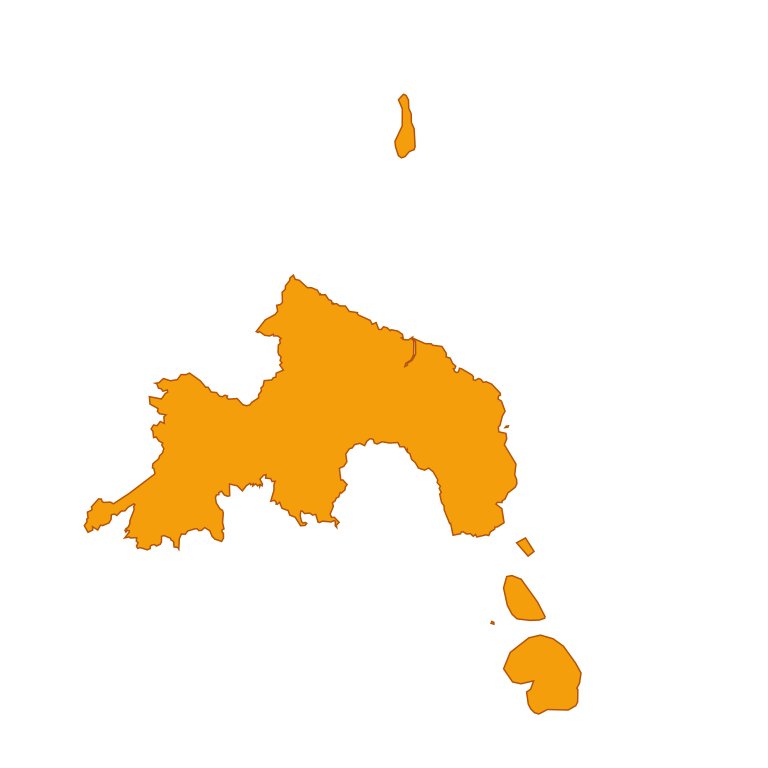 Nadroga-Navosa, Western, Fiji (Robinson projection), rotated 193°
{"feature_id": "14151628B53702400461405", "entity_name": "Nadroga-Navosa", "entity_type": "district", "adm_level": 2, "iso_a3": "FJI", "parent_name": "Fiji", "parent_adm1": "Western", "projection": "robinson", "projection_center": [177.707, -18.082], "detail": "fine", "context": "isolated", "style": "filled", "palette": "amber", "viewbox_px": 768, "rotation_deg": 193, "n_neighbors": 0, "source": "geoboundaries", "source_scale": "gbopen_adm2", "svg_char_len": 6175}
<svg xmlns="http://www.w3.org/2000/svg" viewBox="0 0 768 768"><g transform="rotate(193 384 384)"><path d="M282.7,252.2L275.7,255.3L275.5,257.0L273.8,257.9L269.8,256.4L266.1,257.6L262.7,255.7L261.1,258.0L259.1,255.8L250.6,260.0L247.8,259.9L247.2,263.7L243.5,267.5L243.8,269.5L241.2,270.3L235.8,275.9L241.1,289.0L247.9,292.2L246.9,294.2L242.4,295.0L242.4,297.0L240.2,299.1L238.8,305.7L233.0,312.8L232.1,316.7L233.4,321.0L236.2,324.9L237.4,335.7L253.1,351.9L252.1,358.2L254.1,363.3L261.4,363.2L262.9,367.8L261.7,369.8L261.5,379.2L259.9,384.7L265.7,393.7L269.5,395.1L269.6,398.2L268.0,399.4L268.9,401.4L279.1,408.1L285.0,409.2L287.6,407.9L290.6,410.3L293.2,410.6L295.9,408.0L297.9,408.2L298.6,411.2L300.3,412.6L311.7,416.2L314.0,416.3L314.1,412.8L315.8,411.4L318.1,412.3L319.8,414.5L318.5,414.9L318.1,417.5L321.9,419.6L325.3,424.1L329.6,424.4L330.1,427.8L336.0,433.6L345.5,432.7L346.9,433.8L352.9,432.6L365.9,435.1L362.8,432.3L359.9,420.2L361.9,413.5L366.2,409.1L365.3,407.7L367.6,405.7L367.4,409.1L363.0,413.5L361.7,419.2L364.7,432.7L367.0,434.2L366.8,435.9L370.2,432.4L375.3,431.7L377.4,432.8L375.7,433.3L377.2,436.5L382.6,438.7L389.2,438.5L389.9,437.3L393.7,439.5L397.4,439.6L398.9,436.5L401.4,436.0L405.5,442.1L408.9,439.5L411.7,442.9L424.0,445.3L426.0,446.5L425.9,447.6L434.2,446.9L439.2,451.3L444.7,450.1L448.1,451.6L451.6,450.6L451.7,452.1L451.7,450.6L451.1,449.9L452.8,450.7L453.9,453.4L457.0,453.8L461.2,457.9L465.1,456.7L466.1,457.5L466.5,456.5L470.0,460.4L476.3,461.5L480.3,460.6L489.9,466.0L494.1,466.0L496.8,469.7L499.5,466.1L499.2,463.7L502.1,457.4L501.5,454.0L503.9,450.5L501.3,440.7L502.9,438.1L506.3,436.5L504.0,430.9L505.7,427.3L514.1,419.8L520.3,406.3L518.0,405.9L517.2,407.1L511.1,404.6L506.2,405.1L503.0,407.6L502.4,406.0L498.4,406.9L494.4,405.2L495.7,403.7L494.2,400.4L495.7,398.3L494.4,391.1L493.0,388.7L490.4,387.4L490.5,383.4L488.2,381.8L489.9,379.2L485.2,374.9L491.5,370.3L490.9,366.4L493.3,365.2L494.3,362.7L501.5,360.3L501.3,355.0L503.0,352.5L501.9,349.4L503.8,345.4L503.1,342.3L508.8,336.3L509.9,333.6L513.0,331.9L517.0,332.1L523.8,336.8L532.2,334.2L534.0,335.3L533.8,337.1L536.4,337.3L538.8,335.2L541.7,335.2L545.3,338.0L550.6,337.3L554.7,341.3L557.0,340.7L563.7,345.8L576.0,350.9L578.9,348.6L583.9,347.5L586.4,341.7L592.9,339.1L600.2,339.7L603.6,334.6L606.9,333.3L605.4,333.1L602.8,329.2L599.9,329.2L597.8,327.2L593.9,329.4L592.9,327.5L595.1,325.3L597.5,319.3L609.8,318.9L607.5,311.8L598.6,309.2L598.6,306.3L596.0,304.5L589.5,304.9L591.1,302.4L589.2,296.2L593.6,297.2L595.7,292.4L599.3,292.2L600.8,287.8L598.5,285.9L596.5,279.9L594.0,281.1L590.4,277.8L586.3,276.7L586.8,274.5L584.0,271.6L584.3,266.9L586.5,263.5L586.7,260.5L591.2,254.3L590.8,250.2L589.3,249.9L586.9,245.0L607.6,220.1L620.7,206.4L623.9,207.4L630.3,205.6L632.1,206.0L633.5,208.3L636.2,207.9L641.5,198.4L640.2,196.3L640.8,195.1L644.2,192.4L642.2,186.8L643.2,185.6L642.4,182.9L644.2,178.6L639.0,172.9L634.9,176.3L635.9,179.4L630.1,177.3L628.5,182.6L626.2,182.8L620.7,186.8L619.5,190.6L620.2,195.2L617.4,196.7L614.7,195.8L611.5,201.0L607.8,202.2L605.7,206.3L600.7,211.0L599.6,210.5L600.3,208.2L599.2,205.3L600.9,193.7L600.2,190.7L601.3,186.5L602.9,185.1L601.9,184.1L603.5,183.2L602.2,181.6L601.2,183.4L599.1,183.8L599.0,182.2L602.0,175.7L598.0,177.6L596.7,176.9L590.3,178.6L590.1,175.3L588.0,174.0L588.7,170.2L587.0,168.4L584.9,169.7L577.3,169.2L574.8,171.0L575.2,173.5L573.9,175.0L571.3,175.9L569.4,174.9L566.0,177.5L565.3,179.9L566.5,185.6L564.2,186.8L557.4,185.7L556.4,184.1L553.6,183.2L551.9,178.0L548.2,178.4L546.8,176.9L548.6,187.0L547.7,192.2L543.9,192.9L542.2,196.6L535.8,200.3L533.5,200.9L531.5,199.5L528.9,200.3L526.4,203.8L520.7,201.8L517.1,196.8L513.9,194.8L506.8,194.1L505.7,197.8L506.9,202.4L508.6,203.5L508.9,205.6L507.3,206.8L510.2,212.9L511.5,221.9L512.9,224.5L515.8,225.5L520.7,230.4L522.7,235.5L522.3,238.2L520.0,239.1L520.5,241.1L518.3,243.0L514.5,239.9L511.1,239.4L509.2,240.4L512.1,251.8L504.1,251.8L497.9,248.0L495.2,254.0L492.2,257.1L491.2,255.8L489.0,257.4L488.9,255.2L486.6,257.9L484.2,256.3L482.8,257.8L482.0,256.1L481.8,258.0L479.8,257.4L479.9,259.1L483.5,263.4L480.8,267.9L478.5,269.2L478.2,265.6L473.0,266.3L471.1,263.7L468.2,264.8L468.6,261.3L467.3,255.6L468.0,244.3L464.6,246.0L462.2,244.4L462.2,242.7L461.0,242.7L459.1,245.2L455.4,239.9L448.9,239.1L446.4,235.1L440.6,234.2L433.3,227.1L429.0,228.5L427.9,230.8L429.5,231.4L431.6,230.3L433.5,231.5L436.0,236.7L436.5,241.4L435.4,241.9L432.3,239.9L427.2,241.5L424.1,240.2L421.2,241.6L417.3,234.7L415.6,234.5L413.2,236.5L404.4,237.7L401.9,239.7L400.6,239.3L399.6,234.9L397.9,233.7L398.7,235.6L396.6,239.1L402.4,242.9L405.1,242.3L407.2,245.2L405.8,253.5L407.5,256.4L405.3,259.2L404.9,262.1L402.7,263.8L402.2,268.4L400.9,268.2L398.2,272.0L398.5,275.0L397.3,277.7L402.6,281.3L404.5,280.7L408.5,291.8L404.7,294.7L402.7,299.8L405.5,307.2L403.1,313.2L400.6,314.5L399.1,318.3L394.1,320.8L389.0,319.6L387.8,324.4L385.3,327.6L382.1,327.6L380.2,324.4L377.2,324.0L372.8,327.3L365.4,327.7L357.3,330.1L354.4,326.4L350.0,327.4L347.2,324.2L346.6,325.6L345.8,322.8L343.1,321.9L340.1,316.7L335.9,314.5L331.5,309.8L325.0,309.2L321.7,312.1L316.4,309.6L310.1,302.8L310.0,299.9L306.1,297.1L306.7,294.7L303.8,291.2L304.9,289.2L301.3,281.6L298.0,278.6L297.0,274.8L288.6,262.8L287.8,263.2L282.7,252.2ZM171.4,104.5L167.9,100.4L163.5,97.6L158.9,97.3L151.5,103.6L131.1,107.8L124.7,113.8L123.8,117.8L126.4,130.0L127.7,130.7L126.2,136.5L127.0,146.7L134.6,155.2L150.1,168.8L161.9,173.8L175.1,174.5L185.7,169.3L200.6,150.9L203.4,133.4L191.7,122.6L183.1,122.7L171.4,128.4L172.5,119.5L175.8,116.0L171.4,104.5ZM221.1,224.0L221.6,212.1L214.0,196.0L207.4,188.4L201.5,185.1L188.7,186.5L179.7,188.9L174.8,191.9L174.8,193.6L185.3,206.0L206.4,224.6L216.3,226.1L221.1,224.0ZM430.2,670.7L433.9,664.3L428.0,656.1L424.3,639.5L427.9,622.9L426.2,617.9L421.3,609.7L417.9,608.3L414.7,610.3L411.6,616.2L407.3,619.2L407.1,622.3L412.0,639.4L416.1,644.9L418.3,653.4L421.9,658.2L424.0,666.2L427.5,670.2L430.2,670.7ZM219.1,259.1L204.9,248.7L200.1,254.6L211.5,265.8L219.1,259.1ZM225.5,176.9L225.9,174.9L222.9,174.7L223.3,176.4L225.5,176.9ZM253.4,371.2L255.5,370.3L256.2,368.8L253.6,369.8L253.4,371.2Z" fill="#f59e0b" stroke="#b45309" stroke-width="1.5"/></g></svg>